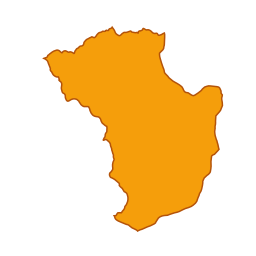 outline of San Miguel, Santander, Colombia, rotated 8°
{"feature_id": "7082276B16360663879170", "entity_name": "San Miguel", "entity_type": "district", "adm_level": 2, "iso_a3": "COL", "parent_name": "Colombia", "parent_adm1": "Santander", "projection": "albers", "projection_center": [-72.659, 6.563], "detail": "fine", "context": "isolated", "style": "filled", "palette": "amber", "viewbox_px": 256, "rotation_deg": 8, "n_neighbors": 0, "source": "geoboundaries", "source_scale": "gbopen_adm2", "svg_char_len": 5690}
<svg xmlns="http://www.w3.org/2000/svg" viewBox="0 0 256 256"><g transform="rotate(8 128 128)"><path d="M151.8,228.7L154.0,227.2L156.0,226.3L161.1,223.1L163.8,221.7L167.3,219.3L168.4,218.2L168.6,217.4L170.6,213.0L171.8,211.7L173.7,210.5L175.5,209.8L176.6,209.5L179.3,208.9L181.4,207.7L185.7,205.6L188.3,204.6L190.3,203.6L193.6,201.3L196.1,199.7L198.9,198.4L201.5,196.9L203.2,195.4L205.2,193.1L206.3,191.0L207.0,187.3L207.7,184.9L207.9,183.1L209.0,180.5L209.4,178.5L209.7,174.4L209.7,172.7L209.7,171.9L209.5,170.9L209.5,170.1L210.4,166.9L212.9,163.8L214.0,162.8L215.0,161.4L215.6,160.1L215.7,156.9L215.6,154.3L214.8,149.6L214.7,144.5L214.8,143.9L215.9,142.8L217.3,142.0L220.3,137.7L221.1,136.3L220.7,135.7L219.3,131.8L218.3,129.6L217.9,128.5L216.9,126.8L215.3,123.2L214.7,121.1L214.3,119.3L214.3,116.7L214.3,116.0L214.1,115.3L214.0,114.4L214.0,113.5L214.1,112.4L214.0,110.8L213.7,108.9L213.3,103.8L216.3,99.2L217.2,97.5L218.4,92.6L217.8,89.6L216.8,86.5L216.6,85.1L216.8,83.6L216.8,82.1L215.8,81.1L215.3,80.5L215.2,79.6L214.9,78.3L214.1,77.0L213.3,75.8L212.5,75.1L211.6,74.8L210.1,74.7L203.6,74.9L201.8,75.1L199.9,75.9L198.2,76.8L196.2,79.1L195.4,80.6L194.0,82.1L192.4,83.7L189.8,86.0L188.5,86.8L187.1,86.8L185.6,86.2L184.0,85.4L182.7,84.8L180.0,84.7L178.6,83.8L177.8,82.8L176.9,81.3L175.8,79.9L174.6,79.1L172.8,78.1L170.3,77.0L167.9,76.1L165.8,75.2L161.6,72.6L160.1,71.1L157.0,68.7L156.3,67.7L155.8,66.1L155.2,64.7L154.3,63.2L152.2,59.1L150.2,54.7L149.5,53.0L149.0,51.1L148.8,49.5L149.2,48.9L151.5,45.9L152.2,44.4L152.2,42.5L152.4,40.8L152.2,38.6L151.7,33.3L151.3,30.3L150.8,28.9L149.9,29.4L148.0,30.9L146.0,31.9L145.2,31.9L144.8,31.5L143.9,30.5L143.3,30.2L142.5,30.3L141.7,30.6L140.7,30.7L139.5,30.4L138.9,30.1L138.3,29.7L138.0,29.3L137.3,28.9L135.9,28.2L135.1,28.0L134.2,27.9L132.7,28.3L132.0,28.2L131.2,27.9L130.5,27.6L129.7,27.3L129.3,27.3L129.0,27.5L128.8,28.5L128.4,29.1L126.8,30.1L126.1,30.2L125.6,30.5L125.0,31.0L124.9,31.8L124.9,32.4L124.7,32.6L124.0,32.2L123.5,32.1L122.6,32.5L122.0,32.6L118.6,32.5L118.1,32.3L117.6,31.8L117.1,31.6L116.6,31.8L114.3,33.0L113.2,33.5L112.3,33.7L111.2,33.8L110.6,34.0L109.1,35.3L108.0,36.8L107.1,37.6L106.3,37.8L104.6,37.2L103.7,36.7L102.8,36.1L102.1,35.2L100.9,33.2L100.4,32.6L98.3,30.4L98.2,30.7L97.8,31.2L97.4,31.6L96.0,32.3L95.5,32.8L95.3,33.2L95.2,33.8L95.0,34.1L94.6,34.3L93.0,34.2L92.7,34.4L92.3,34.7L92.3,35.1L91.9,35.4L91.1,35.6L89.8,35.7L89.3,35.8L88.9,36.2L88.4,36.7L86.6,37.4L85.9,37.8L85.1,38.7L84.3,39.9L83.9,40.6L83.4,41.8L83.2,42.1L82.5,42.9L82.1,43.2L81.4,43.2L80.2,42.8L79.4,42.8L79.1,42.9L78.4,43.6L77.4,44.1L76.6,44.8L74.7,46.1L73.8,47.2L72.6,49.2L72.5,49.8L72.5,50.8L72.1,52.0L71.6,52.7L70.9,53.1L70.2,53.4L69.5,53.5L69.0,53.8L68.1,54.8L68.0,55.2L67.6,55.6L66.4,56.5L66.0,56.9L65.7,57.6L65.1,58.6L64.8,59.3L64.5,61.0L64.3,61.6L63.9,61.7L63.3,61.4L62.8,61.1L61.3,60.7L60.4,60.6L59.8,60.7L59.0,61.2L58.4,61.2L55.7,60.3L55.2,60.3L54.6,60.4L53.9,60.7L53.4,61.0L52.9,61.5L52.4,62.5L52.1,62.7L51.7,62.6L51.1,62.3L50.5,62.0L49.3,61.1L48.4,60.8L47.7,60.7L47.0,60.7L46.3,60.9L43.8,62.2L42.3,63.4L40.9,64.8L40.0,65.7L39.4,66.5L38.5,67.3L38.4,67.6L38.3,68.5L38.0,69.0L37.3,69.6L36.4,70.0L35.8,70.4L35.3,70.5L35.0,70.7L34.9,70.8L35.8,71.0L37.3,71.7L37.9,72.0L38.9,72.8L39.7,74.1L40.4,75.6L40.8,76.1L41.3,77.1L42.7,79.5L42.9,80.2L42.9,81.2L43.2,81.8L43.7,82.4L44.3,82.8L44.6,83.1L45.3,84.1L45.5,84.4L46.3,85.4L46.8,85.9L47.4,86.3L48.8,87.0L49.9,87.3L50.2,87.3L51.2,87.3L51.5,87.1L52.0,87.2L52.1,87.4L53.0,89.0L53.4,89.9L53.4,90.2L53.1,90.3L53.8,91.0L54.7,91.4L55.2,91.8L56.0,92.8L56.3,93.9L56.4,94.7L56.4,97.4L56.6,98.5L56.9,99.2L57.7,101.2L58.0,101.7L58.4,102.1L58.9,102.5L59.9,102.8L60.7,103.4L61.0,103.7L61.4,104.8L61.5,105.4L61.8,106.8L62.3,107.7L63.0,108.8L63.4,109.3L63.9,109.6L64.6,109.8L65.5,109.5L65.9,109.2L67.8,107.7L69.4,106.9L70.3,106.7L71.0,106.6L71.9,106.6L72.6,106.7L73.3,106.8L74.1,107.3L75.4,108.1L75.8,108.6L76.2,109.2L76.8,109.8L78.2,111.4L79.8,112.4L80.6,112.7L81.4,112.9L85.1,112.4L85.7,112.4L86.0,112.5L86.6,113.3L87.0,113.8L87.5,114.8L87.9,115.9L89.4,118.3L90.1,119.0L90.8,119.7L91.6,120.3L92.5,120.7L93.6,121.0L94.7,121.1L97.1,121.1L98.0,121.5L99.1,122.4L99.5,122.9L100.6,125.1L101.5,126.3L101.8,126.7L102.4,127.1L103.9,128.0L105.0,128.7L105.6,129.0L106.4,129.3L106.7,129.3L107.0,130.1L107.3,131.8L107.3,132.5L107.4,133.1L107.5,134.7L106.6,136.5L106.4,137.5L106.4,138.4L106.5,139.2L106.4,140.0L105.9,140.9L105.6,141.8L105.3,142.6L105.2,143.3L105.3,143.5L105.6,143.5L106.8,142.8L107.5,142.5L108.0,142.5L108.6,142.7L111.6,144.7L112.5,145.9L112.7,146.2L113.2,148.0L114.6,150.6L115.0,152.0L115.3,152.7L115.7,153.4L116.4,155.1L117.2,156.5L117.4,157.1L117.4,157.9L117.8,159.5L118.4,160.4L118.6,161.1L118.5,161.9L118.0,163.6L117.9,164.3L117.8,166.4L118.1,168.3L118.5,169.8L118.6,171.1L118.4,171.6L117.6,173.4L116.8,174.4L116.5,174.9L116.2,175.2L116.2,175.4L116.1,176.2L116.2,177.0L116.4,177.6L117.2,178.9L117.7,179.3L118.2,179.5L118.8,179.6L120.5,180.2L122.3,181.0L123.7,181.9L125.3,182.9L125.8,183.3L126.7,183.8L127.2,184.4L127.3,185.1L127.3,185.7L127.4,186.2L128.8,187.4L130.8,188.7L132.8,191.2L133.2,191.6L134.2,191.9L135.3,192.5L135.7,192.8L136.3,193.6L137.2,195.6L137.6,196.7L137.9,198.7L137.9,200.0L137.8,201.1L137.2,203.5L137.0,204.2L136.2,205.5L135.9,206.1L135.8,206.5L135.8,207.6L135.5,208.7L135.2,209.4L133.9,211.4L133.4,212.7L133.1,212.9L131.1,213.1L129.8,213.4L129.2,214.2L128.6,215.8L128.3,216.3L127.5,216.6L126.5,216.8L126.9,217.3L127.6,218.8L127.9,219.3L128.3,219.8L129.4,220.6L130.3,221.0L131.2,221.4L134.4,222.3L139.9,223.7L140.8,223.7L142.0,224.0L142.4,224.2L143.6,225.0L145.9,226.3L148.2,227.0L150.3,227.7L151.3,228.2L151.6,228.4L151.8,228.7Z" fill="#f59e0b" stroke="#b45309" stroke-width="1.5"/></g></svg>